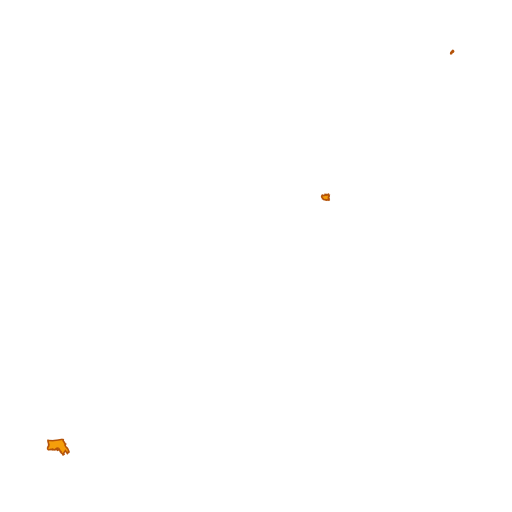 Tecomán, Colima, Mexico, rotated 138°
{"feature_id": "50627088B37392390891999", "entity_name": "Tecomán", "entity_type": "district", "adm_level": 2, "iso_a3": "MEX", "parent_name": "Mexico", "parent_adm1": "Colima", "projection": "mercator", "projection_center": [-106.02, 18.727], "detail": "fine", "context": "isolated", "style": "filled", "palette": "amber", "viewbox_px": 512, "rotation_deg": 138, "n_neighbors": 0, "source": "geoboundaries", "source_scale": "gbopen_adm2", "svg_char_len": 4505}
<svg xmlns="http://www.w3.org/2000/svg" viewBox="0 0 512 512"><g transform="rotate(138 256 256)"><path d="M522.1,248.6L522.3,248.8L522.5,248.9L522.7,249.3L523.1,249.7L523.3,249.8L526.9,252.1L529.1,253.7L530.7,254.8L532.1,256.2L533.1,257.2L533.2,257.3L533.7,257.9L533.9,258.1L533.9,258.3L534.0,258.3L534.1,258.1L534.0,257.9L534.2,257.6L534.4,257.5L534.5,257.5L534.5,257.4L534.6,257.1L535.0,256.9L535.1,256.5L535.3,256.2L535.5,255.9L535.7,255.4L535.8,255.2L535.8,254.9L535.8,254.7L536.0,254.5L536.3,254.5L536.5,254.5L536.7,254.4L536.7,254.1L536.8,253.9L536.9,253.6L537.0,253.5L537.5,253.5L537.7,253.3L537.9,253.2L538.0,253.2L538.3,253.4L538.7,253.0L538.8,253.0L539.1,253.0L539.3,252.7L539.5,252.6L539.7,252.4L540.0,252.0L540.0,251.9L539.9,251.5L540.0,251.2L539.8,250.7L538.5,249.9L538.4,249.7L537.5,248.9L537.4,249.2L537.2,249.0L536.6,248.8L536.2,248.6L536.6,247.7L536.4,247.6L536.2,247.7L535.7,247.2L535.8,247.2L535.4,247.0L535.4,246.7L535.2,246.7L534.9,246.6L534.5,246.0L534.4,246.0L534.5,246.3L534.5,246.5L534.4,246.3L534.2,246.4L534.1,246.6L533.9,246.6L534.0,246.5L533.9,246.4L533.9,245.8L533.6,245.8L533.5,246.2L532.4,246.1L532.5,245.9L532.7,245.6L532.4,245.7L532.2,245.8L532.0,245.7L532.3,245.5L532.3,245.4L532.7,245.1L533.3,244.3L532.8,244.1L532.6,244.5L532.0,244.4L532.4,244.1L531.6,243.7L532.0,242.5L531.9,242.5L532.0,242.2L531.8,241.3L532.4,241.3L532.3,240.2L532.5,239.9L532.4,239.7L532.3,239.3L532.3,239.0L532.3,238.9L532.2,238.4L532.2,238.1L532.2,237.8L532.4,237.6L532.1,237.4L532.2,237.2L531.6,237.1L531.6,237.3L531.3,237.3L531.4,237.6L531.5,237.8L531.7,238.1L531.4,238.1L528.8,238.7L528.5,238.8L528.1,238.8L527.9,238.9L528.0,237.0L527.7,236.6L528.2,236.8L528.2,236.6L528.4,235.5L528.0,235.6L527.9,235.6L527.4,235.9L527.2,235.7L526.9,235.3L526.6,235.3L526.6,235.2L526.5,234.8L526.5,235.0L526.4,235.1L526.1,235.4L526.1,235.6L525.9,235.7L525.8,235.9L525.9,236.0L525.8,236.3L525.6,236.5L525.6,236.9L525.5,237.0L525.4,237.3L525.3,237.6L525.1,237.9L525.1,238.0L524.9,238.6L525.0,238.7L525.0,238.8L524.9,238.8L524.8,239.3L525.0,239.3L525.0,239.5L524.8,240.4L524.9,240.5L524.9,240.8L525.0,240.8L525.0,241.4L525.0,241.6L524.8,242.1L524.6,242.6L524.6,242.8L524.6,243.0L524.5,243.3L524.4,243.3L524.2,243.5L523.9,243.5L523.7,243.6L523.4,243.6L523.6,244.0L523.4,244.4L523.5,244.5L523.4,244.7L523.5,245.0L523.4,245.6L523.3,245.8L523.2,245.8L523.2,246.0L523.0,246.3L523.0,246.5L523.1,246.8L523.1,247.1L523.1,247.4L523.0,247.7L522.9,247.7L522.8,247.9L522.7,248.0L522.3,248.1L522.2,248.2L522.1,248.4L522.1,248.6ZM164.3,249.2L164.5,249.0L164.1,248.9L164.1,249.0L163.8,249.3L163.8,249.2L163.7,249.3L163.7,249.6L163.5,249.8L163.2,249.9L163.2,250.0L163.2,250.4L163.2,250.6L163.0,250.8L163.0,251.0L162.9,251.0L163.0,251.0L162.9,251.1L162.7,251.2L162.3,251.1L162.2,251.2L162.1,251.5L162.0,251.4L161.7,251.4L161.6,251.6L161.4,251.6L161.2,251.7L160.9,251.6L161.1,251.7L161.4,251.8L161.1,252.0L161.3,252.1L161.2,252.4L161.4,252.5L161.5,252.6L161.4,252.8L161.2,252.9L161.2,253.0L160.9,253.2L160.8,253.3L160.7,253.5L160.8,253.6L161.0,253.5L161.1,253.4L161.3,253.3L161.7,253.3L161.8,253.2L161.9,253.5L162.0,253.7L162.1,253.8L162.4,253.9L162.5,253.9L162.4,254.2L162.5,254.2L162.6,254.4L162.8,254.4L162.7,254.6L162.7,254.8L162.9,255.0L162.9,254.9L163.0,254.8L163.1,255.0L163.3,255.1L163.6,254.8L163.7,255.0L164.1,255.0L164.3,255.1L164.2,255.2L164.2,255.3L164.4,255.5L164.6,255.4L164.9,255.4L165.1,255.4L165.2,255.5L165.3,255.6L165.5,256.0L165.5,255.9L165.6,256.1L165.9,256.2L165.7,256.4L165.7,256.7L165.9,256.8L166.0,256.8L166.2,256.5L166.4,256.6L166.5,256.7L166.7,256.3L167.3,256.4L167.5,256.2L167.7,255.9L167.8,255.5L167.8,255.1L167.9,254.9L167.8,254.7L167.7,254.3L167.7,254.0L167.9,253.7L168.0,253.7L167.9,253.5L168.0,253.3L167.9,253.2L167.8,252.8L167.9,252.6L167.6,252.2L167.3,252.0L167.3,251.9L167.1,251.8L167.1,251.6L167.0,251.4L166.9,251.3L166.7,251.3L166.7,251.2L166.7,250.9L166.6,250.6L166.4,250.6L166.4,250.4L166.2,250.3L166.1,250.5L165.8,250.5L165.7,250.4L165.7,250.2L165.4,249.9L165.3,249.7L165.2,249.7L164.9,249.7L164.7,249.5L164.8,249.3L164.7,249.2L164.6,249.3L164.5,249.2L164.3,249.3L164.3,249.2ZM-26.3,275.7L-26.6,275.7L-27.0,275.5L-27.1,275.5L-27.3,275.6L-27.6,275.7L-27.9,275.9L-28.0,276.6L-28.0,276.9L-27.8,277.2L-27.6,277.2L-27.2,277.0L-26.9,277.1L-26.4,276.8L-26.2,277.0L-26.0,276.8L-25.4,276.7L-25.2,276.7L-25.0,276.9L-24.7,276.7L-24.2,276.3L-24.0,276.0L-24.1,275.9L-24.4,275.6L-24.6,275.5L-24.8,275.7L-25.3,275.7L-26.1,275.8L-26.3,275.7Z" fill="#f59e0b" stroke="#b45309" stroke-width="1.5"/></g></svg>